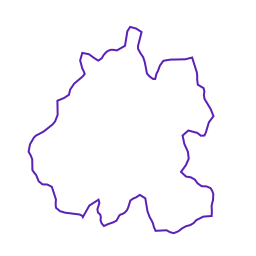 outline of Erzurum, rotated 98°
{"feature_id": "TUR-2299", "entity_name": "Erzurum", "entity_type": "Province", "adm_level": 1, "iso_a3": "TUR", "parent_name": "Turkey", "parent_adm1": "", "projection": "natural_earth1", "projection_center": [41.622, 40.047], "detail": "fine", "context": "isolated", "style": "outline", "palette": "violet", "viewbox_px": 256, "rotation_deg": 98, "n_neighbors": 0, "source": "natural_earth", "source_scale": "10m", "svg_char_len": 1815}
<svg xmlns="http://www.w3.org/2000/svg" viewBox="0 0 256 256"><g transform="rotate(98 128 128)"><path d="M217.1,188.1L215.3,188.7L212.1,189.2L208.8,189.4L196.9,195.2L195.2,200.0L195.7,204.9L193.2,209.0L187.2,212.5L185.6,214.4L183.0,216.8L172.3,218.5L168.7,220.5L165.4,223.1L157.8,222.8L150.5,219.8L148.4,218.2L143.4,211.2L134.9,203.1L131.6,201.1L124.7,199.5L110.8,201.7L107.2,195.5L103.3,191.1L98.0,190.6L91.6,187.5L83.2,180.0L80.5,178.4L78.1,179.7L75.5,181.5L67.8,184.8L60.0,183.7L60.4,176.9L63.4,171.3L65.4,166.8L62.6,163.7L59.0,162.2L55.6,159.9L54.1,158.0L52.9,155.7L52.6,152.7L52.7,149.8L47.0,142.4L32.2,142.1L27.6,139.9L28.4,133.7L31.1,127.9L45.2,129.5L48.3,129.0L52.1,126.2L55.8,122.8L60.6,120.5L71.4,116.8L73.9,113.9L75.9,110.1L75.7,107.9L70.0,107.3L67.5,106.3L61.8,105.1L56.5,102.3L54.4,95.6L52.0,80.9L49.3,74.3L63.3,67.6L66.7,66.7L70.2,66.3L75.4,64.9L78.0,58.7L81.0,57.5L84.9,57.4L88.5,56.3L97.7,48.8L104.3,45.0L111.1,48.7L121.7,50.3L124.8,51.3L125.5,54.8L123.2,58.7L122.1,67.9L127.9,72.9L135.9,70.0L143.2,65.4L149.9,63.6L156.7,65.5L164.1,69.4L168.0,63.8L168.1,58.9L169.8,54.6L173.2,51.3L175.4,46.9L174.9,42.3L176.0,38.0L178.6,35.8L181.6,34.3L187.4,33.8L193.4,34.4L198.5,33.4L203.5,32.9L205.3,41.2L209.8,47.6L212.9,49.7L215.4,52.7L217.2,56.9L219.8,60.4L223.2,63.7L225.8,68.1L225.3,71.9L223.9,75.6L226.0,86.4L222.6,88.5L219.0,90.0L216.1,91.9L213.3,94.1L207.8,97.1L195.2,101.1L192.6,107.0L195.6,110.4L197.4,113.4L199.6,115.6L207.0,116.8L209.8,117.7L212.3,119.5L213.8,121.4L214.9,123.6L216.4,124.7L218.1,125.2L221.5,126.6L223.7,129.9L225.9,134.3L228.4,138.2L226.0,140.9L223.1,142.4L220.9,142.4L219.7,142.6L217.7,143.4L215.8,146.0L212.7,147.0L206.2,145.9L203.1,147.2L210.2,155.5L222.5,160.3L221.3,161.1L220.4,164.0L220.6,178.7L219.8,183.8L217.1,188.1Z" fill="none" stroke="#5b21b6" stroke-width="2"/></g></svg>